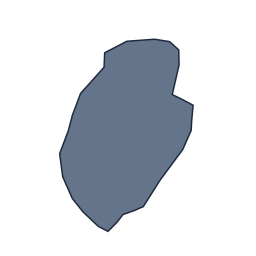 the district of O'lziit, Arhangay, Mongolia, rotated 57°
{"feature_id": "93677404B45514860286608", "entity_name": "O'lziit", "entity_type": "district", "adm_level": 2, "iso_a3": "MNG", "parent_name": "Mongolia", "parent_adm1": "Arhangay", "projection": "albers", "projection_center": [102.546, 48.095], "detail": "fine", "context": "isolated", "style": "filled", "palette": "slate", "viewbox_px": 256, "rotation_deg": 57, "n_neighbors": 0, "source": "geoboundaries", "source_scale": "gbopen_adm2", "svg_char_len": 589}
<svg xmlns="http://www.w3.org/2000/svg" viewBox="0 0 256 256"><g transform="rotate(57 128 128)"><path d="M112.3,199.3L133.3,209.3L156.8,213.1L174.0,211.4L194.4,206.5L203.8,201.1L200.9,188.0L197.8,179.3L200.7,167.7L201.7,161.1L202.3,158.1L190.5,132.3L188.7,128.3L188.0,126.3L179.1,102.5L175.9,93.9L164.4,76.3L155.6,69.9L155.0,69.4L144.4,61.0L131.4,68.2L131.3,68.3L124.1,72.7L102.9,50.8L90.1,42.9L78.2,46.1L68.0,57.4L54.6,81.8L52.2,106.6L64.0,115.0L73.2,149.0L80.7,159.1L87.1,167.9L87.7,168.4L98.0,179.8L98.1,180.0L112.3,199.3Z" fill="#64748b" stroke="#1e293b" stroke-width="1.5"/></g></svg>